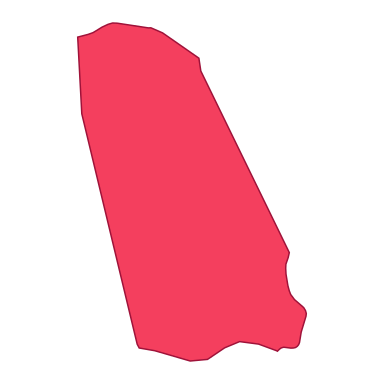 outline of Manchester
{"feature_id": "JAM-1372", "entity_name": "Manchester", "entity_type": "Parish", "adm_level": 1, "iso_a3": "JAM", "parent_name": "Jamaica", "parent_adm1": "", "projection": "mercator", "projection_center": [-77.454, 18.04], "detail": "fine", "context": "isolated", "style": "filled", "palette": "rose", "viewbox_px": 384, "rotation_deg": 0, "n_neighbors": 0, "source": "natural_earth", "source_scale": "10m", "svg_char_len": 680}
<svg xmlns="http://www.w3.org/2000/svg" viewBox="0 0 384 384"><path d="M277.4,351.2L276.5,350.7L258.6,344.1L239.6,341.6L224.7,347.8L207.5,359.4L190.2,361.0L154.7,350.7L139.2,348.0L137.2,344.2L81.8,113.8L77.7,37.1L88.1,34.4L93.1,32.6L102.1,27.1L108.1,24.3L112.6,23.0L117.3,23.2L148.4,27.9L150.9,27.8L162.6,32.9L198.9,58.2L200.8,71.0L289.3,252.6L288.2,257.5L285.9,264.2L285.7,268.3L286.0,274.1L287.9,285.7L289.3,290.9L290.7,294.5L294.5,299.6L303.7,307.6L305.5,310.6L306.3,313.5L306.0,316.2L301.2,332.1L299.5,342.5L298.6,344.7L297.3,346.3L295.6,347.5L293.5,348.0L290.9,348.1L283.7,347.2L281.3,347.9L279.7,349.0L277.4,351.2Z" fill="#f43f5e" stroke="#9f1239" stroke-width="1.5"/></svg>